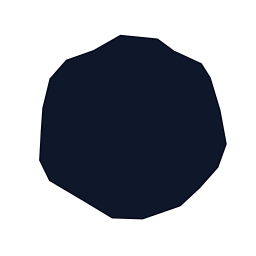 Shaki City, Şəki, Azerbaijan (Mercator projection), rotated 346°
{"feature_id": "54616110B24616396985677", "entity_name": "Shaki City", "entity_type": "district", "adm_level": 2, "iso_a3": "AZE", "parent_name": "Azerbaijan", "parent_adm1": "Şəki", "projection": "mercator", "projection_center": [47.188, 41.208], "detail": "fine", "context": "isolated", "style": "filled", "palette": "ink", "viewbox_px": 256, "rotation_deg": 346, "n_neighbors": 0, "source": "geoboundaries", "source_scale": "gbopen_adm2", "svg_char_len": 451}
<svg xmlns="http://www.w3.org/2000/svg" viewBox="0 0 256 256"><g transform="rotate(346 128 128)"><path d="M179.9,204.8L182.7,203.3L205.6,187.6L219.2,167.2L221.3,133.2L219.7,99.2L214.5,83.5L191.0,64.7L178.0,49.0L171.6,46.7L143.1,36.5L113.4,44.8L84.8,47.5L64.4,61.6L50.4,88.2L43.1,110.7L40.7,118.6L34.7,137.9L39.4,159.9L47.0,167.4L66.0,186.1L91.0,211.2L120.2,219.5L159.8,215.9L179.9,204.8Z" fill="#0f172a" stroke="#020617" stroke-width="1.5"/></g></svg>